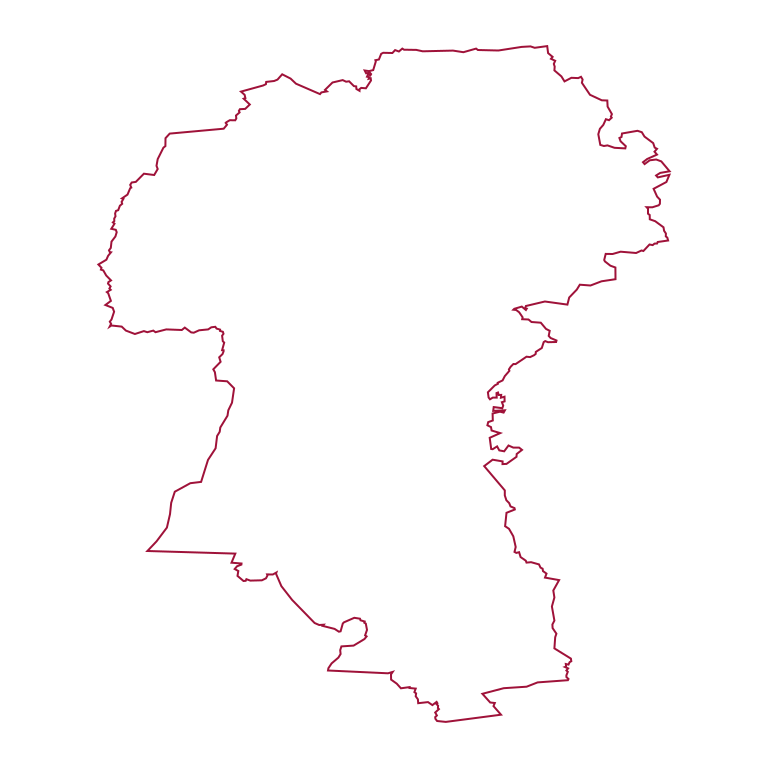 "Vestre Toten" nor, Oppland, Norway (Robinson projection)
{"feature_id": "86288312B46682555778915", "entity_name": "\"Vestre Toten\" nor", "entity_type": "district", "adm_level": 2, "iso_a3": "NOR", "parent_name": "Norway", "parent_adm1": "Oppland", "projection": "robinson", "projection_center": [10.584, 60.628], "detail": "fine", "context": "isolated", "style": "outline", "palette": "rose", "viewbox_px": 768, "rotation_deg": 0, "n_neighbors": 0, "source": "geoboundaries", "source_scale": "gbopen_adm2", "svg_char_len": 6050}
<svg xmlns="http://www.w3.org/2000/svg" viewBox="0 0 768 768"><path d="M157.7,169.0L154.2,175.0L143.9,173.7L135.8,181.9L131.7,182.5L130.2,184.9L131.3,187.6L130.2,188.2L127.5,194.6L122.0,198.4L123.4,198.9L121.6,201.9L122.2,203.8L119.9,205.7L118.2,210.2L116.0,210.9L115.1,213.5L115.5,216.3L114.2,218.6L114.3,221.1L112.9,222.4L114.5,223.7L111.3,228.8L115.8,229.8L116.7,232.2L115.4,236.5L111.5,241.6L110.8,247.9L109.0,250.3L109.8,252.1L111.0,252.3L108.1,255.8L106.4,259.7L98.4,264.5L101.5,267.8L100.9,269.6L103.3,270.4L106.2,275.5L111.0,280.4L108.4,282.1L108.0,283.6L110.6,286.4L109.4,288.5L110.7,289.8L106.9,292.1L108.2,293.2L110.9,300.9L105.4,305.0L112.7,307.9L114.1,311.7L111.5,319.5L109.8,321.7L111.1,323.8L109.7,326.6L111.4,325.5L121.7,326.6L125.9,330.6L134.9,334.0L143.9,331.1L147.3,332.2L153.3,330.6L155.5,332.2L166.3,329.4L181.8,330.0L184.8,327.6L191.2,332.4L193.8,332.7L199.1,330.3L208.2,329.4L211.3,327.3L215.3,326.8L216.6,328.6L220.1,329.6L220.0,330.9L222.9,331.8L223.5,333.8L222.1,335.7L222.8,341.2L224.2,342.6L222.1,350.2L223.6,350.3L223.6,351.3L222.5,354.1L219.2,357.3L220.6,361.8L213.3,369.3L214.9,372.2L216.1,380.5L227.2,381.3L234.1,388.3L232.0,402.7L228.3,410.3L227.5,415.7L220.3,427.5L219.7,431.8L217.1,436.0L215.6,448.3L208.0,459.9L201.1,481.9L190.3,483.2L174.8,491.7L171.2,502.8L170.0,514.2L166.9,527.6L156.5,541.4L147.4,551.0L235.3,553.6L231.5,562.7L241.5,563.5L241.4,564.6L237.0,566.3L234.7,569.0L238.3,571.0L237.5,575.9L243.5,581.0L245.7,580.8L246.4,579.2L250.3,580.6L261.9,580.3L266.0,578.3L267.5,575.4L267.1,574.4L272.8,574.5L276.4,572.5L276.0,573.7L281.4,586.2L292.1,599.9L314.6,623.0L319.2,625.0L323.7,624.7L322.7,625.9L334.6,628.9L338.9,631.7L340.6,631.3L342.8,623.5L344.0,622.3L354.3,617.8L360.0,618.7L360.5,620.3L364.7,621.5L364.3,622.7L365.8,623.6L367.0,629.9L365.1,635.4L366.6,636.4L364.5,639.0L353.6,645.6L341.4,646.4L340.2,650.2L340.6,654.0L338.4,657.6L331.6,663.4L328.4,668.2L328.0,670.5L388.0,673.3L392.7,671.9L391.0,674.4L391.1,679.6L396.8,683.7L400.9,688.3L409.6,687.1L409.5,688.0L415.7,688.6L414.4,692.1L416.1,693.4L415.7,696.3L417.9,699.3L418.2,703.2L428.0,702.1L432.4,705.1L436.6,701.9L437.4,703.2L436.5,704.1L438.1,705.7L437.9,708.1L438.9,709.1L435.2,712.5L436.9,715.5L435.2,717.1L435.4,718.8L437.1,721.0L445.8,721.9L501.0,714.7L493.5,706.1L494.8,703.0L490.2,702.5L482.4,693.8L503.7,688.2L526.6,686.7L537.6,682.4L567.9,680.2L568.5,679.0L566.4,677.0L566.4,675.3L567.8,671.8L566.4,670.5L568.1,668.4L565.0,667.0L566.1,666.6L565.8,664.0L568.5,664.6L569.6,662.2L571.3,661.2L570.9,658.6L554.4,648.4L555.2,637.2L556.4,633.7L552.6,628.1L552.4,624.5L554.4,620.6L551.9,606.5L554.4,597.5L553.3,590.5L559.1,580.1L545.0,577.6L546.5,573.6L543.0,571.1L542.6,568.7L540.5,567.6L539.0,564.4L531.1,562.2L526.5,562.6L525.8,560.7L520.6,557.1L519.1,552.2L516.3,552.9L514.5,551.9L515.7,547.0L513.3,536.3L509.0,528.8L505.1,526.2L506.5,512.8L514.8,509.5L514.5,508.1L510.5,506.4L509.2,503.1L506.4,500.3L504.8,495.4L504.8,490.4L484.2,466.1L492.6,459.7L502.6,461.4L502.5,464.1L506.5,463.9L516.5,456.8L516.7,454.0L522.0,449.9L519.1,447.6L513.3,447.6L508.5,445.5L504.2,451.3L499.3,450.4L497.1,446.4L492.7,449.2L491.2,449.0L489.7,437.8L500.2,433.1L491.6,430.5L491.0,427.1L487.4,425.3L488.2,422.1L492.8,420.5L492.6,413.5L500.0,411.7L503.6,412.6L504.9,410.3L493.2,410.9L493.7,407.1L502.3,408.2L503.2,405.6L501.9,402.2L504.6,401.4L504.5,396.7L500.9,397.7L501.2,394.9L498.7,395.0L498.0,392.5L496.5,393.1L496.7,397.6L492.8,397.6L490.0,399.3L488.6,397.5L487.9,392.3L494.8,385.4L497.9,383.8L497.7,382.8L502.6,380.4L504.8,376.1L509.4,370.8L508.9,369.4L510.7,366.7L513.4,364.0L515.6,364.1L526.5,356.7L530.1,357.1L534.1,355.2L535.7,353.9L535.8,351.9L541.8,348.0L543.7,342.1L545.2,341.1L548.0,342.2L556.1,342.0L556.5,340.5L550.6,338.0L548.7,335.9L549.7,330.8L546.0,328.9L540.8,322.7L531.5,322.0L528.5,319.5L522.2,319.2L522.6,317.3L519.2,312.3L516.2,310.0L513.4,309.7L514.3,308.8L521.8,306.6L525.9,310.0L526.7,308.7L525.1,308.4L525.9,306.0L544.9,301.5L567.4,304.6L569.2,297.5L576.8,289.6L579.8,284.7L590.5,285.5L601.5,281.3L615.5,279.2L615.4,267.5L610.4,265.7L604.9,261.4L604.2,260.0L605.7,253.9L612.6,254.0L620.6,251.7L636.1,253.0L641.5,250.5L643.4,251.0L649.5,244.5L652.7,245.1L654.5,243.6L657.1,243.5L657.7,242.0L668.1,240.5L667.3,237.6L665.8,236.4L665.9,233.5L664.1,230.8L663.5,227.3L655.2,221.2L649.8,219.3L649.7,215.0L648.0,213.7L648.0,208.7L646.6,207.2L652.3,207.3L658.7,205.3L659.9,203.8L660.0,199.7L657.1,196.6L653.6,188.8L666.4,182.0L669.4,174.8L657.8,177.4L656.1,175.5L660.2,172.9L669.6,171.3L661.3,161.4L656.2,159.5L649.7,160.3L644.6,164.1L643.0,162.2L647.3,158.9L657.0,154.6L654.5,151.7L657.0,148.8L654.7,147.6L653.2,143.1L644.5,136.6L641.8,132.2L637.5,130.8L622.0,133.5L621.5,137.0L619.4,138.0L620.6,141.3L625.8,146.2L625.3,148.4L614.5,147.8L607.5,145.4L603.9,146.0L600.3,144.9L598.3,134.2L599.9,128.8L603.3,124.9L605.9,119.2L609.0,120.2L611.7,117.7L610.9,116.6L611.9,114.1L607.6,106.6L607.3,100.5L601.8,100.3L590.0,94.8L581.9,82.8L582.6,79.5L581.0,76.8L578.2,78.1L571.4,77.8L564.5,81.4L561.4,76.4L554.4,70.4L554.7,66.6L553.8,63.9L555.2,60.8L551.0,58.8L552.6,56.9L548.1,53.1L547.2,46.1L534.7,47.8L530.5,46.4L521.7,46.9L498.4,50.5L477.9,50.0L476.1,48.6L463.4,52.2L453.0,50.6L422.7,51.3L416.3,49.9L404.0,49.7L402.3,48.6L398.9,51.5L395.1,50.1L392.4,53.0L383.2,52.8L381.2,53.8L378.9,59.5L375.4,60.2L375.8,61.5L373.2,70.1L369.0,71.1L364.7,70.5L366.1,73.3L369.9,72.7L371.1,74.1L370.5,75.2L368.0,74.6L367.0,76.7L369.4,77.2L368.7,78.8L370.7,78.3L371.0,80.5L365.9,88.3L361.2,87.9L359.5,89.2L359.5,90.8L356.4,89.0L356.2,86.4L353.9,86.1L349.1,81.3L346.1,81.7L342.7,80.1L332.5,82.5L325.0,89.9L326.9,91.4L321.4,92.4L320.0,94.1L296.0,83.7L290.6,78.6L282.2,74.3L277.5,79.6L274.1,81.0L266.2,81.9L265.9,84.2L263.1,85.5L241.0,91.6L244.6,94.8L245.4,98.1L243.7,98.7L249.8,104.5L245.2,108.9L239.9,109.2L238.9,110.9L239.6,112.4L236.0,115.5L236.3,118.5L235.2,120.3L229.8,120.2L226.3,122.3L225.7,122.9L227.0,124.7L223.7,128.7L169.7,133.6L165.5,138.2L165.4,146.1L163.4,147.7L157.7,159.1L156.5,165.8L157.7,169.0Z" fill="none" stroke="#9f1239" stroke-width="2"/></svg>